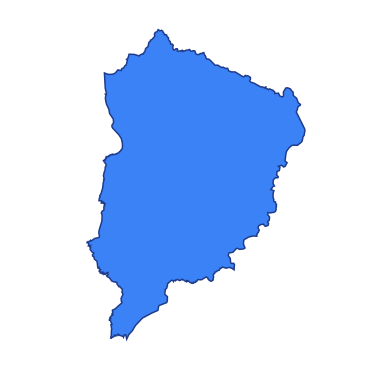 Noen Maprang, Phitsanulok, Thailand, rotated 8°
{"feature_id": "78962969B82229803115956", "entity_name": "Noen Maprang", "entity_type": "district", "adm_level": 2, "iso_a3": "THA", "parent_name": "Thailand", "parent_adm1": "Phitsanulok", "projection": "orthographic", "projection_center": [100.656, 16.557], "detail": "fine", "context": "isolated", "style": "filled", "palette": "blue", "viewbox_px": 384, "rotation_deg": 8, "n_neighbors": 0, "source": "geoboundaries", "source_scale": "gbopen_adm2", "svg_char_len": 6001}
<svg xmlns="http://www.w3.org/2000/svg" viewBox="0 0 384 384"><g transform="rotate(8 192 192)"><path d="M295.1,120.4L295.3,115.7L294.7,113.7L284.1,98.2L284.8,95.9L285.1,92.6L287.0,91.2L287.2,90.2L284.7,88.7L282.6,84.7L279.0,82.4L278.1,78.9L276.7,78.1L275.2,76.3L272.3,75.5L270.4,76.0L268.6,80.2L269.2,84.2L268.6,85.1L267.0,85.1L265.4,84.5L263.9,82.1L260.2,82.9L260.0,81.4L258.0,80.0L254.3,79.1L253.3,80.0L252.4,79.4L250.9,79.3L250.6,77.7L250.0,77.8L249.2,78.9L247.4,78.1L245.5,78.4L238.6,75.7L234.9,75.0L233.6,74.0L234.2,72.2L233.9,70.4L231.1,69.1L229.5,69.5L228.5,69.1L227.3,70.7L226.5,70.8L218.1,67.1L214.1,67.6L211.2,66.8L210.5,65.0L209.8,64.5L207.9,65.0L205.6,64.1L203.6,64.5L199.9,62.8L197.3,63.3L191.4,58.8L189.9,58.1L187.7,58.1L186.3,55.3L185.0,54.1L184.3,52.3L183.4,52.6L182.9,53.4L180.8,53.7L180.4,54.6L178.7,55.2L176.7,54.8L175.1,51.8L173.4,51.9L172.5,52.6L171.2,52.7L169.8,51.2L167.6,52.3L166.6,52.3L165.1,53.4L164.1,53.4L163.6,54.1L162.8,53.0L161.6,53.5L161.3,54.2L160.6,53.9L159.0,54.5L157.8,54.4L158.0,52.9L157.3,52.2L156.2,52.4L155.3,53.4L153.9,53.9L152.6,51.1L153.1,49.8L152.9,49.2L151.8,48.3L150.3,48.6L149.7,46.4L147.4,44.3L147.2,42.5L145.7,41.7L145.1,40.1L143.9,39.8L142.8,40.2L142.2,38.7L141.1,37.9L140.8,36.9L139.3,36.1L137.9,36.9L135.9,35.9L135.1,38.1L133.3,39.2L132.8,41.0L133.3,42.2L133.3,43.3L131.0,46.7L129.8,47.4L129.6,48.6L128.5,49.8L128.2,54.2L126.8,55.5L126.0,56.9L125.8,59.5L125.1,60.2L124.7,62.0L123.9,62.0L121.5,63.5L120.7,64.6L115.9,63.8L110.5,64.3L110.0,68.2L108.7,69.9L109.7,70.6L109.2,75.1L107.9,76.4L107.3,78.3L105.2,79.8L105.0,81.6L101.6,81.4L99.4,85.0L96.9,86.5L92.6,87.2L88.7,86.3L91.7,101.5L93.4,105.9L93.2,106.6L93.5,107.3L92.8,107.4L93.3,107.8L93.1,110.8L93.8,113.5L95.0,116.8L98.1,121.5L99.5,125.8L103.9,130.7L104.7,134.5L103.5,136.7L103.6,138.5L104.7,139.9L111.6,145.5L114.5,148.8L116.3,153.4L116.8,156.5L116.8,159.2L116.2,159.7L115.0,162.1L114.5,162.2L114.1,163.3L112.5,164.1L112.3,164.9L111.2,164.9L109.7,165.9L108.3,165.5L107.9,166.2L107.1,166.0L106.4,166.6L105.9,166.5L105.0,168.0L104.6,167.7L104.2,168.5L102.6,168.8L102.9,169.1L102.3,169.3L102.3,170.5L101.9,170.5L102.1,171.1L101.4,171.7L101.6,172.4L100.9,172.3L99.9,173.3L102.9,176.4L103.3,177.6L102.6,179.8L102.9,182.3L102.4,183.8L102.0,188.2L103.3,191.4L102.7,191.9L103.2,193.0L102.8,195.2L103.0,200.4L102.1,206.6L101.1,208.6L101.7,209.5L101.1,210.8L101.1,213.6L103.6,213.2L104.2,214.2L103.6,214.6L103.8,215.7L104.7,215.5L105.7,214.5L106.1,215.6L106.8,215.1L107.6,215.8L107.2,216.3L107.5,217.1L106.9,217.6L107.2,218.5L106.8,219.1L107.3,222.0L105.7,223.6L105.1,225.1L106.3,227.9L106.8,233.4L105.3,243.2L105.5,245.9L106.5,248.6L106.2,250.0L102.0,251.6L99.2,254.4L98.9,254.5L98.3,253.9L97.2,255.3L95.5,255.8L95.1,256.8L96.1,256.8L97.1,257.9L96.8,259.6L98.5,259.2L97.7,260.0L98.3,260.5L98.4,260.2L98.9,260.3L99.5,261.4L99.1,261.9L99.1,263.1L101.2,265.2L103.1,266.0L103.3,266.7L102.2,267.8L102.5,269.3L103.8,269.6L104.6,272.0L107.6,273.8L109.3,280.2L110.3,279.7L110.1,280.3L110.6,280.8L111.0,280.8L111.6,281.5L112.2,281.5L111.7,282.5L111.2,282.6L111.2,283.6L112.0,283.8L112.4,284.8L112.7,284.5L113.3,284.9L113.9,283.9L114.5,285.3L115.1,284.6L115.1,285.4L116.0,285.1L116.2,285.9L117.2,285.4L117.3,284.7L118.0,285.2L118.0,284.7L119.0,284.3L119.2,283.6L119.9,283.5L119.6,284.1L120.4,285.4L119.1,286.9L120.2,287.8L122.0,288.3L124.9,291.3L127.3,291.9L130.1,291.8L130.5,293.5L132.9,296.0L133.6,295.5L134.4,296.5L136.6,298.1L136.6,301.3L137.3,301.7L137.9,303.4L137.0,305.6L136.6,307.4L137.3,310.2L137.9,310.6L138.0,311.5L132.0,318.6L129.9,319.9L129.6,320.6L130.3,321.8L129.8,323.8L130.5,323.9L130.0,324.5L130.4,325.0L129.9,325.1L128.3,327.6L128.1,328.2L129.1,328.6L127.9,329.9L128.0,330.5L129.0,330.5L131.2,334.4L130.2,334.7L131.7,339.3L131.4,340.1L132.0,344.9L131.8,348.0L132.3,348.1L132.8,347.2L133.6,347.0L134.2,345.9L134.7,346.1L135.5,344.7L135.9,344.9L135.8,344.4L137.5,344.8L137.8,344.0L138.5,343.6L139.0,343.9L138.9,343.2L139.9,343.8L144.3,344.8L144.4,345.2L144.7,344.5L144.5,343.2L146.3,342.6L147.8,346.8L149.2,342.2L152.3,337.5L154.6,332.0L160.5,323.7L168.7,317.7L174.7,314.0L174.9,309.5L175.4,308.9L182.4,305.0L182.7,302.8L182.2,299.0L179.5,297.3L179.1,295.7L179.3,293.5L179.0,292.4L180.3,290.8L180.7,288.3L180.5,286.4L183.8,282.4L185.5,282.3L186.0,283.1L186.1,282.7L187.1,282.0L187.9,282.2L188.0,281.5L188.8,281.4L189.7,280.6L191.8,281.4L193.1,280.9L193.6,280.0L195.1,280.3L195.3,279.9L197.8,281.3L198.8,281.1L199.0,281.7L199.7,281.3L199.4,280.6L200.0,280.7L200.2,280.3L202.7,281.9L203.6,281.7L204.0,282.3L205.1,282.4L205.6,281.6L206.0,281.9L206.3,281.1L207.2,281.4L208.1,280.7L208.1,279.9L209.0,279.9L209.9,278.0L213.6,277.6L217.7,274.3L219.4,274.6L220.0,275.9L221.3,277.0L223.4,277.8L225.2,276.2L224.9,274.9L225.3,273.5L224.7,271.6L224.9,270.0L225.8,269.4L226.0,268.0L227.3,267.5L228.2,266.3L229.6,265.9L230.3,264.9L230.4,263.5L231.5,263.4L232.6,262.1L236.3,262.7L239.0,261.5L242.0,261.9L244.5,263.2L244.1,257.7L243.0,256.8L241.1,257.2L240.1,256.7L239.1,252.3L237.2,250.5L236.7,249.6L237.1,247.2L240.9,246.0L243.9,241.7L244.9,241.5L247.1,242.2L250.9,241.2L252.1,240.4L252.1,239.6L250.4,237.0L250.0,234.5L250.0,232.7L250.5,231.8L254.5,228.6L258.9,227.0L262.3,226.8L262.3,224.2L263.2,222.9L263.9,220.5L262.4,218.4L262.6,216.3L264.8,214.6L266.9,213.9L269.3,215.8L271.9,214.6L272.2,212.5L271.0,211.0L271.2,210.4L272.4,209.5L272.3,206.3L272.0,205.5L270.3,204.3L270.0,201.8L271.9,201.9L276.0,200.7L277.3,199.6L277.8,197.7L277.3,196.3L277.7,195.0L277.4,194.4L277.4,192.5L276.6,192.1L276.1,190.3L274.3,189.9L274.0,187.9L273.0,185.9L272.5,181.9L272.9,179.3L269.7,178.6L270.7,177.0L270.9,175.8L272.8,174.6L271.1,172.4L270.9,168.6L272.7,166.2L275.0,166.0L275.3,165.5L275.1,164.7L273.8,163.8L273.4,162.5L273.3,159.9L275.4,158.7L275.6,157.9L275.6,155.4L274.0,154.5L277.1,153.1L279.3,154.5L280.7,153.6L282.1,149.8L279.8,148.3L279.7,141.0L280.0,138.5L281.9,134.8L284.1,132.3L285.3,131.6L289.9,131.1L293.4,127.4L294.1,125.8L294.2,121.9L295.1,120.4Z" fill="#3b82f6" stroke="#1e3a8a" stroke-width="1.5"/></g></svg>